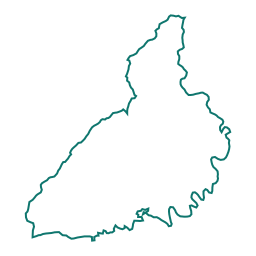 outline of Ribeirãozinho, Mato Grosso, Brazil
{"feature_id": "56859067B204587652476", "entity_name": "Ribeirãozinho", "entity_type": "district", "adm_level": 2, "iso_a3": "BRA", "parent_name": "Brazil", "parent_adm1": "Mato Grosso", "projection": "natural_earth1", "projection_center": [-52.747, -16.459], "detail": "fine", "context": "isolated", "style": "outline", "palette": "teal", "viewbox_px": 256, "rotation_deg": 0, "n_neighbors": 0, "source": "geoboundaries", "source_scale": "gbopen_adm2", "svg_char_len": 4046}
<svg xmlns="http://www.w3.org/2000/svg" viewBox="0 0 256 256"><path d="M145.6,212.6L147.3,214.1L148.7,215.3L150.8,215.6L153.7,217.3L156.8,217.2L159.4,218.6L161.4,220.1L163.4,221.2L165.5,222.4L167.4,223.9L168.8,226.2L171.0,225.8L171.7,223.9L170.9,222.0L169.9,217.5L169.3,214.4L169.0,211.6L169.1,209.2L170.4,207.0L173.1,207.3L175.1,210.2L176.0,212.5L177.6,214.6L180.2,216.3L184.5,216.7L187.2,216.6L189.8,216.1L191.4,214.3L191.2,211.0L190.2,207.9L189.9,205.8L191.6,205.4L193.7,206.5L196.3,207.5L197.6,205.5L196.3,203.0L194.4,201.2L192.3,199.2L191.4,197.4L191.7,195.2L192.8,192.6L194.9,192.3L196.6,193.5L198.0,194.9L199.3,196.9L201.3,199.6L203.3,199.9L204.0,197.7L203.5,194.4L203.5,191.3L205.5,189.2L207.3,190.0L209.1,192.5L211.6,193.0L212.3,191.0L212.4,187.4L212.9,184.0L215.7,183.1L217.5,180.8L218.0,178.4L217.6,176.5L217.9,174.3L217.6,171.3L215.5,168.8L213.5,167.1L212.3,164.8L211.6,162.2L211.1,159.4L212.2,157.5L215.0,157.0L217.9,158.9L220.7,159.9L223.8,159.4L225.9,157.5L227.1,155.2L228.4,151.8L229.1,149.2L229.5,146.4L228.9,142.9L229.3,140.3L228.0,138.7L226.5,137.6L225.7,134.7L228.0,133.3L230.2,132.0L229.2,129.2L226.9,127.4L224.8,127.1L223.2,129.0L221.6,132.2L220.2,130.0L220.0,127.1L220.9,125.3L222.8,123.7L223.3,121.6L222.4,119.7L220.1,118.2L218.1,117.1L216.6,115.5L214.9,114.4L212.3,113.3L210.4,112.4L209.8,109.3L208.0,107.4L206.6,104.8L207.2,102.0L208.8,99.8L208.6,96.9L206.9,94.8L205.0,93.9L202.8,92.6L201.0,92.7L198.9,93.3L195.8,93.9L193.1,94.7L190.7,95.0L188.6,95.0L186.1,92.5L184.5,89.5L182.6,87.7L181.4,86.1L180.6,84.3L180.5,82.0L180.9,79.7L182.4,78.7L184.5,78.3L186.2,75.6L186.9,72.4L185.5,70.6L183.9,69.1L182.8,67.3L181.4,66.1L179.7,65.1L178.2,63.9L178.4,61.8L179.3,59.1L179.3,56.1L178.0,54.0L177.8,51.4L179.7,49.8L182.2,48.9L183.8,47.4L183.3,44.8L182.7,42.5L182.6,40.2L182.3,37.8L182.7,34.5L183.9,32.0L183.6,29.8L182.0,27.9L182.5,24.9L183.0,22.5L183.5,19.7L184.7,17.7L181.9,18.0L180.4,17.1L178.5,15.8L176.0,16.4L173.5,15.7L170.7,15.4L169.1,16.6L167.6,19.7L165.8,21.0L162.5,22.5L159.6,24.2L158.8,28.3L156.9,29.3L155.4,30.8L156.4,33.5L156.3,36.3L154.7,38.4L152.3,39.6L150.3,39.9L147.9,40.8L145.3,43.8L143.8,46.0L140.8,48.1L139.2,49.1L137.8,51.1L136.4,53.4L133.3,55.1L130.1,56.1L128.6,58.0L127.5,59.9L129.3,60.6L130.2,63.6L128.9,66.0L128.5,69.4L127.1,73.8L125.9,76.4L127.3,77.6L127.1,80.7L129.2,82.4L129.9,85.3L131.0,87.6L132.8,89.5L133.5,91.7L134.5,94.9L136.1,96.0L134.6,98.2L131.7,98.5L130.6,100.8L129.0,103.5L128.2,106.6L127.5,108.6L127.2,110.7L127.2,113.5L125.6,111.4L123.2,109.4L121.8,110.7L119.5,111.6L117.0,112.5L115.2,112.7L113.0,113.1L111.2,115.3L110.0,116.9L108.4,118.0L106.5,118.3L105.1,119.5L102.4,119.2L100.8,120.3L99.9,122.0L98.1,123.6L96.2,124.7L94.2,125.7L92.1,127.3L89.8,130.7L88.2,134.0L86.3,136.3L84.7,138.8L83.0,140.6L81.0,142.5L78.4,142.9L76.0,145.5L73.8,147.4L72.3,148.8L71.0,150.7L70.1,152.8L71.1,154.4L69.4,156.2L68.0,158.6L66.4,160.4L65.2,161.9L63.2,162.1L61.8,164.3L60.7,166.7L59.8,168.6L58.2,170.6L57.1,173.5L54.4,176.5L52.4,177.0L50.4,177.3L48.8,178.1L47.1,180.2L44.2,181.8L41.9,183.3L40.8,184.9L41.0,187.2L41.8,189.8L40.8,192.4L37.5,194.4L36.1,195.6L34.6,197.6L32.7,199.8L29.4,202.0L28.2,209.2L27.5,211.5L25.8,213.4L26.0,217.4L27.3,220.8L30.7,222.3L33.2,223.2L34.0,226.7L32.9,230.4L32.7,234.4L32.6,237.3L36.5,236.1L38.6,235.2L40.4,235.1L43.0,234.0L46.0,233.5L51.4,233.0L54.7,232.3L59.0,232.1L62.6,235.2L66.4,235.5L68.1,236.9L71.4,238.7L73.7,238.5L77.5,237.5L84.5,236.4L86.2,236.4L89.8,236.4L91.9,237.0L92.1,240.6L94.5,240.3L94.2,237.1L96.7,235.7L98.5,235.7L98.1,232.8L101.0,233.4L102.8,233.6L103.6,230.4L105.6,231.1L106.8,233.1L108.6,233.2L110.3,232.4L112.2,232.4L114.2,230.9L113.8,228.8L115.5,225.4L117.5,227.4L120.2,228.6L122.5,229.2L124.6,228.1L124.7,226.1L127.3,227.7L129.6,230.1L132.2,228.9L132.8,226.2L133.1,223.9L134.3,220.7L137.3,220.8L140.1,221.0L143.0,220.5L141.6,217.0L138.1,217.0L138.3,214.7L136.6,213.8L137.7,211.4L140.9,210.8L142.3,209.1L145.2,209.9L148.3,208.6L148.1,210.9L145.6,212.6ZM145.6,212.6L143.6,212.2L143.0,214.3L145.6,212.6Z" fill="none" stroke="#0f766e" stroke-width="2"/></svg>